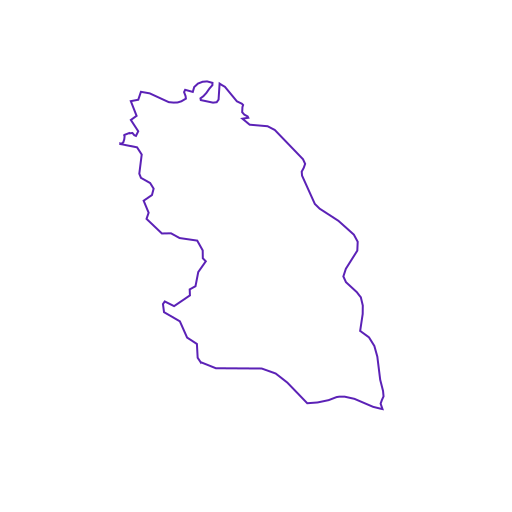 SVG path tracing the border of Fermanagh, rotated 216°
{"feature_id": "GBR-2136", "entity_name": "Fermanagh", "entity_type": "District", "adm_level": 1, "iso_a3": "GBR", "parent_name": "United Kingdom", "parent_adm1": "", "projection": "robinson", "projection_center": [-7.539, 54.359], "detail": "fine", "context": "isolated", "style": "outline", "palette": "violet", "viewbox_px": 512, "rotation_deg": 216, "n_neighbors": 0, "source": "natural_earth", "source_scale": "10m", "svg_char_len": 1752}
<svg xmlns="http://www.w3.org/2000/svg" viewBox="0 0 512 512"><g transform="rotate(216 256 256)"><path d="M171.0,172.5L185.3,168.3L222.5,141.6L238.0,137.7L238.0,137.4L243.4,139.4L252.1,150.1L263.8,149.5L279.2,158.4L297.4,156.5L303.0,162.4L303.1,165.6L292.8,167.3L286.3,185.3L290.0,190.0L287.2,196.0L293.3,209.1L293.5,222.2L297.7,222.9L302.4,229.2L312.6,233.9L328.4,225.6L338.1,224.4L345.4,218.9L366.4,221.7L368.3,227.9L379.4,234.7L376.0,244.2L378.4,250.3L384.5,252.8L395.0,251.6L398.8,254.0L408.1,270.9L416.1,274.0L431.6,266.8L431.8,267.2L431.9,267.3L430.8,267.8L430.2,270.1L431.2,273.0L432.6,275.5L433.6,276.2L433.7,276.5L430.8,281.0L430.4,280.9L428.3,282.9L425.5,282.2L423.7,282.6L424.6,287.7L437.2,292.5L435.0,299.2L448.3,307.7L443.1,313.2L445.6,321.2L437.6,325.1L417.0,329.2L412.8,331.7L409.7,334.1L407.3,337.3L405.2,342.1L407.0,344.0L410.5,346.3L411.0,348.8L403.6,351.6L405.3,356.4L404.3,361.4L401.6,365.6L398.2,368.5L393.0,370.5L391.7,368.6L392.1,364.2L392.0,358.7L392.5,354.4L393.6,350.9L392.3,349.7L380.9,354.8L378.2,357.3L378.2,360.5L386.8,374.1L384.5,374.2L380.6,374.6L362.4,369.9L356.9,370.9L355.2,370.6L354.5,368.5L351.7,364.2L348.6,363.5L344.8,364.0L343.5,363.3L347.7,359.1L338.3,358.5L322.9,367.8L314.8,369.0L274.8,361.9L270.4,359.4L269.2,355.4L268.6,351.1L266.0,348.1L239.0,332.7L232.3,331.7L210.0,332.9L189.4,330.8L182.1,327.3L177.2,319.9L175.8,298.5L173.3,290.8L167.8,287.7L153.1,286.0L150.2,285.1L146.9,284.2L140.5,278.7L135.6,271.8L127.7,256.6L116.8,256.6L107.4,252.8L98.7,245.9L82.8,228.9L73.9,221.5L70.3,217.4L69.5,213.5L68.4,209.8L63.7,206.5L65.7,205.6L72.6,202.8L92.4,198.3L101.6,194.3L105.9,191.2L107.9,189.2L112.5,182.1L120.1,173.7L128.0,167.0L156.3,172.0L171.0,172.5Z" fill="none" stroke="#5b21b6" stroke-width="2"/></g></svg>